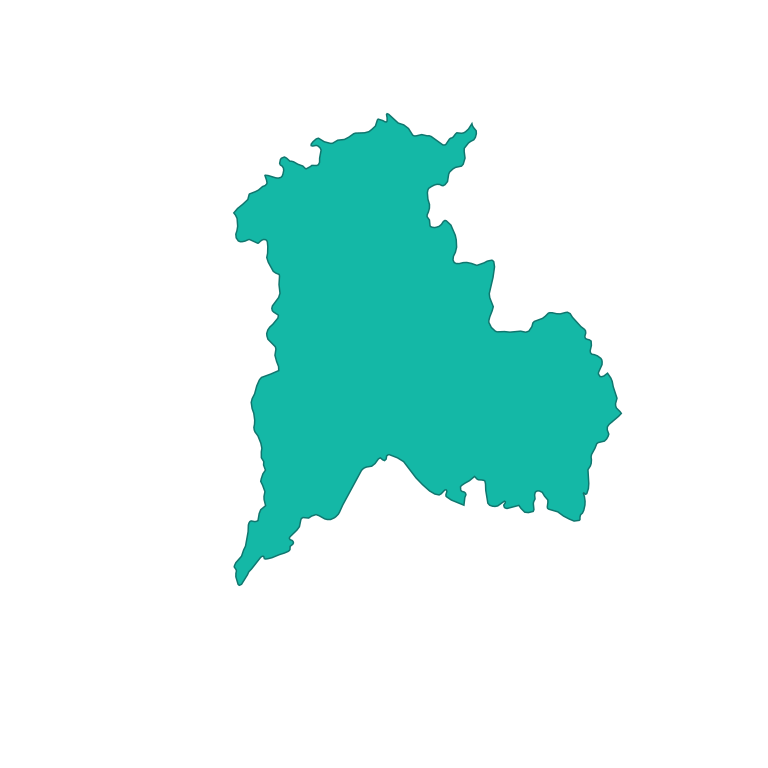 outline of Tra Linh, Cao Bằng, Vietnam, rotated 46°
{"feature_id": "81297802B5716614329371", "entity_name": "Tra Linh", "entity_type": "district", "adm_level": 2, "iso_a3": "VNM", "parent_name": "Vietnam", "parent_adm1": "Cao Bằng", "projection": "natural_earth1", "projection_center": [106.323, 22.803], "detail": "fine", "context": "isolated", "style": "filled", "palette": "teal", "viewbox_px": 768, "rotation_deg": 46, "n_neighbors": 0, "source": "geoboundaries", "source_scale": "gbopen_adm2", "svg_char_len": 6170}
<svg xmlns="http://www.w3.org/2000/svg" viewBox="0 0 768 768"><g transform="rotate(46 384 384)"><path d="M156.6,373.2L159.3,373.5L162.9,374.7L168.9,379.7L171.5,383.2L173.3,386.5L176.2,388.8L179.9,389.4L181.9,388.5L183.3,386.9L184.7,384.6L185.9,381.3L186.7,380.3L194.9,377.1L195.4,376.5L195.4,373.6L195.8,371.5L196.4,370.2L197.9,368.9L199.2,368.7L200.6,369.1L204.4,372.1L209.1,376.9L211.6,380.5L216.1,382.7L226.0,385.4L229.0,384.8L232.4,383.3L233.8,384.2L239.6,390.5L246.5,395.8L248.6,399.7L250.3,410.0L251.7,412.2L253.7,413.4L255.6,413.4L260.8,412.2L261.5,412.5L262.9,414.6L263.8,422.5L263.7,426.6L264.4,430.0L266.2,433.3L268.2,434.9L271.2,436.4L281.7,436.3L283.8,437.5L287.6,442.5L293.2,445.6L298.2,447.7L301.2,450.4L298.2,458.5L294.2,467.5L294.3,469.4L294.6,471.1L297.0,476.9L301.2,483.9L302.9,488.9L305.0,492.3L310.0,495.9L314.6,498.0L320.3,502.2L323.0,505.1L324.8,507.7L327.0,509.3L329.0,510.1L333.7,510.7L341.0,513.7L345.4,516.5L347.6,519.4L351.8,523.4L356.3,524.4L358.6,526.9L363.6,529.1L364.5,533.5L366.9,538.1L368.4,540.3L372.4,541.6L378.7,544.4L381.5,548.4L383.8,550.5L389.3,553.7L388.8,560.0L390.5,563.8L394.7,569.5L394.3,571.0L393.3,572.5L390.2,574.7L389.8,576.0L390.2,577.7L391.2,579.5L395.9,584.4L404.4,596.2L405.9,600.3L408.9,606.1L409.6,614.6L410.7,617.5L411.5,618.8L415.0,619.4L416.1,620.2L417.3,622.0L419.8,624.5L426.7,628.1L427.7,628.1L428.4,627.8L429.1,625.6L426.4,614.8L425.2,611.8L425.0,607.6L423.0,593.1L423.3,591.4L423.9,590.6L424.6,590.4L426.5,591.4L427.6,590.8L429.0,588.9L431.1,585.3L434.1,577.7L436.4,573.1L437.8,569.4L438.0,567.9L437.8,566.7L435.6,564.3L435.9,560.9L435.4,559.5L434.1,558.8L432.7,558.8L430.6,559.7L429.1,559.2L428.6,557.8L428.6,548.2L427.9,544.0L423.6,537.7L423.5,536.1L423.8,535.0L428.1,531.3L428.7,527.9L430.7,523.6L433.6,522.2L439.9,520.3L442.1,518.9L444.4,516.5L445.8,512.5L446.0,510.6L445.9,507.3L445.3,505.1L442.4,497.8L430.6,460.5L430.4,458.6L430.7,456.4L431.6,454.2L434.6,449.9L435.0,445.7L434.0,440.0L434.6,437.9L437.7,437.6L439.5,436.8L439.5,434.6L437.6,432.1L437.8,430.2L438.4,429.3L446.4,425.6L453.5,423.8L473.8,426.2L483.1,426.2L492.6,425.5L498.4,423.9L502.1,421.4L502.7,419.1L502.5,414.0L503.1,412.9L503.8,412.8L505.0,413.4L506.5,416.2L507.7,417.3L508.8,417.3L514.2,416.2L526.7,410.7L521.8,404.7L520.6,402.0L519.1,401.2L517.5,401.3L515.2,402.6L513.7,402.6L511.0,400.3L510.9,398.6L511.5,395.0L512.9,389.7L513.4,383.1L517.2,383.1L518.5,382.6L521.0,380.3L522.9,379.0L524.0,378.9L526.4,380.4L531.2,384.7L541.9,392.1L544.6,392.2L547.2,390.9L549.2,389.2L550.7,386.9L551.9,378.8L553.0,378.5L553.7,379.3L554.3,382.0L556.0,383.0L557.3,383.0L559.0,382.0L565.0,371.3L568.6,371.9L574.0,371.8L576.8,369.5L579.3,365.2L578.5,363.4L573.8,359.7L572.7,358.2L571.6,355.2L568.4,352.7L567.0,350.5L567.0,349.2L567.6,347.7L568.9,346.5L571.9,345.4L576.1,346.4L581.2,346.7L582.9,348.2L585.9,352.0L587.1,352.7L588.6,352.4L596.7,347.8L603.7,346.6L609.7,344.6L614.6,342.5L617.7,338.3L617.7,337.3L615.8,335.4L614.6,333.4L614.7,330.9L613.6,328.0L610.7,323.6L608.0,320.8L604.3,318.1L601.1,316.5L601.1,315.9L603.4,315.6L603.7,314.3L601.2,309.6L597.9,305.9L587.3,296.8L586.3,292.5L585.1,290.2L582.7,287.5L580.3,285.7L578.9,283.7L576.7,276.7L574.7,272.4L575.0,270.5L578.2,265.1L578.2,262.1L577.3,259.1L576.2,257.1L572.1,255.3L570.0,253.1L569.4,250.1L570.2,237.5L570.0,233.7L567.9,233.4L562.8,233.5L560.7,232.6L558.9,231.0L556.1,226.3L545.2,221.0L540.6,218.0L537.3,216.7L531.5,215.7L531.0,220.3L530.0,222.3L528.8,223.4L525.7,222.8L524.6,221.5L521.5,213.7L519.6,211.7L518.0,210.6L516.2,210.2L512.1,210.9L509.0,212.3L507.0,213.8L505.0,213.8L503.3,212.6L500.3,208.0L497.0,205.2L494.9,205.6L493.0,206.8L491.5,207.4L490.4,207.2L489.2,206.4L487.5,203.5L485.7,202.1L484.0,201.8L479.5,202.5L466.8,202.1L462.7,201.2L459.8,202.2L458.7,203.7L456.0,208.5L453.4,211.0L449.6,213.5L447.9,215.2L447.2,216.5L447.3,220.9L446.9,224.4L443.4,232.4L443.5,234.5L445.5,237.8L446.6,243.1L445.2,246.1L440.9,249.0L434.1,257.5L429.9,261.0L425.2,266.3L423.5,267.2L417.8,267.5L412.5,265.8L411.2,264.5L409.2,261.3L406.4,255.2L404.3,251.7L395.4,248.0L392.1,245.5L383.1,231.6L376.5,223.1L372.3,220.1L370.5,220.1L369.8,220.5L368.5,222.5L367.3,224.5L366.4,227.8L363.2,234.8L358.1,237.3L354.1,240.0L351.7,242.7L349.7,246.2L347.5,248.4L345.4,249.1L342.7,248.2L340.4,245.4L338.8,241.1L336.0,236.7L330.5,231.9L326.5,229.4L316.2,225.5L310.0,225.8L308.7,226.5L308.3,228.3L309.1,231.8L308.9,234.8L307.7,237.3L306.6,239.0L304.5,240.6L302.9,241.2L301.9,240.8L297.6,237.4L293.6,236.8L292.3,235.5L291.1,232.6L289.1,229.2L286.5,226.6L281.5,224.0L276.5,219.9L274.8,217.5L274.3,215.9L274.9,212.7L275.9,209.4L277.2,207.1L279.3,205.2L281.1,204.7L282.4,203.8L283.0,201.6L282.5,197.7L277.9,191.6L277.1,189.4L277.2,184.8L277.9,182.0L281.1,176.9L280.9,174.3L277.8,168.8L272.3,164.7L270.2,162.5L269.3,155.8L269.7,153.1L270.7,149.8L270.1,147.0L268.1,143.7L265.9,141.8L261.4,141.4L259.3,140.8L257.8,139.9L259.3,146.1L259.2,150.1L258.7,152.2L257.5,154.1L253.9,157.1L253.8,158.7L254.4,162.6L254.1,164.3L253.4,165.5L253.3,166.9L254.6,172.9L254.5,173.8L253.8,174.8L252.8,175.6L238.8,178.1L236.8,179.1L235.4,180.6L230.8,183.6L227.8,188.6L226.6,189.9L225.0,190.5L217.2,188.9L211.3,189.8L206.2,192.5L193.2,193.3L191.7,194.0L191.9,195.0L194.6,196.8L196.8,198.9L197.2,199.9L197.0,200.5L195.9,201.2L193.6,201.9L189.4,204.2L189.5,205.4L192.5,211.0L192.4,216.0L192.0,219.6L189.8,223.5L183.7,230.3L182.9,231.9L182.0,237.9L180.6,242.6L176.5,247.9L175.1,253.8L173.7,255.4L168.2,258.7L161.7,260.4L161.0,261.6L160.6,262.8L160.4,266.6L160.8,269.5L161.5,270.5L162.0,270.8L163.3,270.0L165.3,267.0L166.7,266.2L169.6,265.9L172.0,266.7L176.8,273.4L179.8,276.4L180.7,278.9L180.1,280.6L176.6,284.1L176.5,285.8L175.2,290.4L174.5,290.9L170.8,291.0L166.1,293.3L161.3,294.7L159.5,295.8L158.4,296.9L153.8,297.2L152.5,297.6L151.5,298.0L150.3,301.0L150.6,302.6L152.8,305.8L154.4,306.4L156.7,305.9L158.9,306.4L160.7,307.8L162.7,310.7L163.7,312.8L163.8,314.5L162.5,317.0L160.6,318.6L153.6,322.5L151.3,324.4L151.3,324.8L155.6,326.8L158.0,328.4L158.6,329.3L158.7,331.7L157.6,334.2L157.3,339.6L156.3,342.9L153.9,348.6L153.9,349.2L156.7,353.8L156.6,360.7L156.0,367.4L156.6,373.2Z" fill="#14b8a6" stroke="#0f766e" stroke-width="1.5"/></g></svg>